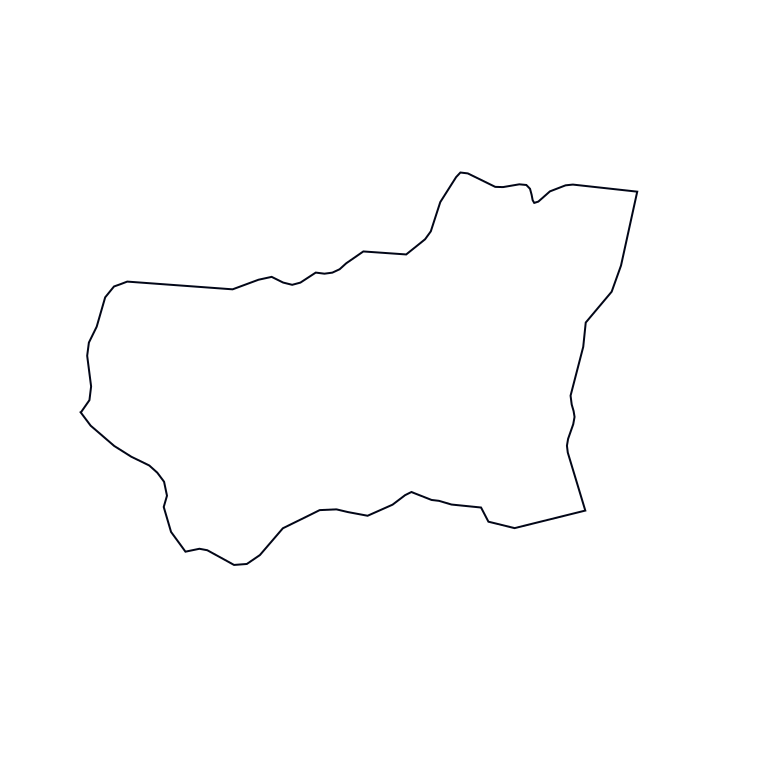 map outline of Ajaria (orthographic projection), rotated 163°
{"feature_id": "GEO-3027", "entity_name": "Ajaria", "entity_type": "Autonomous Republic", "adm_level": 1, "iso_a3": "GEO", "parent_name": "Georgia", "parent_adm1": "", "projection": "orthographic", "projection_center": [42.09, 41.662], "detail": "fine", "context": "isolated", "style": "outline", "palette": "ink", "viewbox_px": 768, "rotation_deg": 163, "n_neighbors": 0, "source": "natural_earth", "source_scale": "10m", "svg_char_len": 1245}
<svg xmlns="http://www.w3.org/2000/svg" viewBox="0 0 768 768"><g transform="rotate(163 384 384)"><path d="M606.9,556.5L599.6,557.0L501.1,518.8L473.5,520.4L460.1,519.3L450.8,510.5L442.8,505.7L434.3,505.4L416.7,510.5L408.7,506.9L400.8,505.6L392.9,506.7L384.8,510.5L365.0,516.8L324.9,501.4L302.4,510.4L294.6,516.3L277.0,541.5L254.5,560.8L249.1,563.9L242.3,560.9L220.0,540.0L212.6,537.5L196.2,535.4L189.7,532.7L187.3,528.0L187.5,521.9L188.1,516.3L187.4,513.3L183.1,513.3L169.0,519.7L152.3,520.9L145.1,519.5L85.6,493.9L122.7,428.0L139.3,405.7L173.1,383.8L182.6,361.3L209.0,318.3L210.5,309.5L210.6,302.7L211.4,296.8L214.8,290.2L224.0,277.7L227.1,271.5L228.3,264.7L228.5,204.1L301.3,208.0L316.0,216.8L324.4,221.8L327.3,237.5L354.7,249.0L365.6,256.2L372.4,259.2L389.4,272.7L396.5,271.5L397.2,271.2L411.1,266.1L438.2,262.8L456.0,272.1L466.1,278.0L482.4,282.2L492.6,280.5L522.9,275.6L552.7,256.7L567.8,252.0L580.3,254.8L601.6,276.7L608.7,280.4L622.9,281.7L625.4,289.0L630.9,304.8L630.6,330.8L624.2,340.6L622.9,354.8L626.7,365.4L632.3,374.7L646.9,388.3L660.1,403.6L676.7,429.9L682.4,445.7L681.6,445.9L670.4,454.7L664.8,467.3L659.6,497.8L654.1,509.9L642.0,522.8L625.3,548.4L613.7,556.2L606.9,556.5Z" fill="none" stroke="#020617" stroke-width="2"/></g></svg>